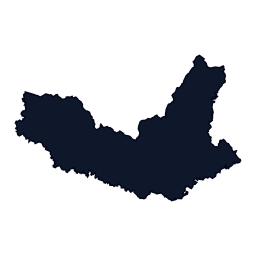 outline of Lavras do Sul, Rio Grande do Sul, Brazil
{"feature_id": "56859067B93221548223155", "entity_name": "Lavras do Sul", "entity_type": "district", "adm_level": 2, "iso_a3": "BRA", "parent_name": "Brazil", "parent_adm1": "Rio Grande do Sul", "projection": "equal_earth", "projection_center": [-54.153, -30.732], "detail": "fine", "context": "isolated", "style": "filled", "palette": "ink", "viewbox_px": 256, "rotation_deg": 0, "n_neighbors": 0, "source": "geoboundaries", "source_scale": "gbopen_adm2", "svg_char_len": 5850}
<svg xmlns="http://www.w3.org/2000/svg" viewBox="0 0 256 256"><path d="M225.3,167.2L225.8,168.5L226.7,168.6L227.6,167.9L228.6,168.5L229.3,167.0L231.5,165.8L232.6,164.7L233.2,163.7L232.9,162.7L233.3,162.1L234.4,163.6L235.0,163.6L235.7,161.9L237.1,163.0L239.2,162.4L239.9,161.9L240.6,160.4L240.1,159.4L238.9,158.9L237.1,157.0L236.3,155.4L235.3,154.5L235.3,153.3L236.3,150.9L233.0,151.8L231.9,149.7L231.6,147.6L230.3,146.8L228.4,143.7L227.0,143.4L225.9,142.5L224.6,140.4L223.3,139.5L222.1,140.8L220.8,140.2L220.2,140.5L219.7,141.3L219.8,142.6L218.6,144.1L218.5,146.7L217.7,147.2L216.6,146.7L214.4,146.9L213.5,145.3L210.8,143.4L210.5,142.0L210.9,140.4L210.5,138.2L211.1,137.4L208.8,135.7L208.5,133.9L207.8,133.8L207.3,133.1L207.5,132.1L208.4,131.5L208.1,130.2L211.0,127.2L210.8,126.2L209.0,123.6L209.4,121.6L210.4,122.0L212.3,120.3L211.8,119.0L212.4,118.6L212.5,115.9L211.5,115.2L211.5,114.1L212.5,114.7L213.1,112.1L212.3,112.0L212.7,110.7L211.7,106.6L212.3,105.3L212.0,104.2L212.6,102.7L214.4,102.3L214.5,101.4L212.1,101.0L211.3,100.0L212.0,99.0L211.4,98.3L213.5,97.4L213.3,99.2L215.5,98.7L215.5,97.6L216.6,97.4L217.3,96.5L215.7,96.2L216.7,95.0L214.8,92.6L217.1,92.8L217.6,92.0L217.4,90.6L218.5,89.9L219.8,87.3L220.7,86.9L222.1,85.1L221.8,84.3L225.1,82.0L225.2,80.8L224.6,80.3L224.7,77.6L225.3,76.1L224.8,73.9L224.1,73.5L223.7,72.2L222.9,72.1L223.2,71.0L224.3,69.5L223.5,67.5L223.7,66.6L223.2,66.0L219.6,67.7L215.3,67.1L210.7,68.1L208.1,67.5L206.5,65.4L206.5,64.3L206.1,63.3L204.6,61.6L203.5,60.9L203.2,60.1L204.1,58.9L199.4,55.4L196.6,56.9L194.5,60.8L193.3,61.7L194.4,63.8L194.5,66.5L194.1,67.2L192.6,68.0L190.0,71.6L189.8,72.8L188.1,73.8L186.2,75.8L183.7,81.1L183.3,83.3L181.9,84.0L181.7,85.0L179.3,88.2L177.8,87.6L177.2,87.8L176.6,88.7L176.0,90.9L174.5,93.4L173.7,93.5L172.1,95.3L173.9,99.1L173.3,101.7L172.5,101.8L170.4,103.8L168.7,104.2L168.2,104.8L166.3,109.3L165.6,113.7L165.5,116.8L163.4,116.8L162.0,117.6L161.0,118.8L158.0,116.8L156.8,115.2L154.8,116.2L153.6,117.4L152.2,117.8L150.9,119.1L148.0,118.6L146.3,119.9L144.3,120.5L142.2,120.5L141.1,121.1L140.2,121.9L138.7,126.2L138.4,129.2L139.9,132.4L139.8,134.0L138.8,136.6L137.3,137.8L136.1,139.7L135.8,141.0L134.0,139.7L132.6,139.5L130.3,136.8L129.0,136.1L123.7,135.0L123.8,134.2L123.3,133.4L119.8,131.1L119.1,131.9L116.5,133.1L114.6,131.9L113.9,132.0L113.3,131.4L112.8,129.6L110.1,127.7L108.2,127.6L107.4,126.6L103.5,127.7L100.9,124.3L100.4,125.6L100.5,126.9L99.8,127.9L97.5,129.5L95.6,129.4L94.3,127.7L94.1,125.4L94.8,124.3L94.1,123.3L93.4,119.8L92.5,119.7L91.8,118.2L92.1,117.2L90.3,115.1L89.5,112.3L87.3,111.1L86.1,111.2L82.9,108.2L82.2,105.9L82.4,104.4L81.0,101.9L78.7,100.4L76.2,97.4L75.2,97.2L73.8,98.1L72.6,97.7L72.1,96.4L70.1,97.3L68.1,96.9L66.2,97.2L66.1,98.4L65.2,98.9L61.9,99.4L60.3,97.7L58.2,96.5L57.3,94.6L55.8,94.9L54.4,96.1L52.6,96.6L51.7,95.2L50.6,94.8L48.9,95.2L48.4,94.7L45.9,94.0L40.9,96.9L40.0,97.0L37.3,95.5L35.8,95.5L35.0,94.9L25.3,92.0L25.2,93.8L24.5,93.9L23.7,94.7L24.2,98.7L22.5,98.7L23.3,101.4L24.3,100.7L24.8,102.3L25.4,101.9L25.8,103.0L24.7,104.8L25.3,104.7L25.4,106.9L26.3,107.6L25.8,108.3L25.4,110.7L22.8,111.1L21.5,112.7L21.2,114.1L21.9,114.5L22.1,115.9L23.9,116.3L24.7,117.1L24.5,118.2L23.8,119.0L22.9,119.0L23.0,120.2L21.9,121.1L20.3,121.0L19.8,120.2L17.0,121.8L16.3,121.3L15.4,123.0L16.0,123.3L17.1,126.8L16.8,127.7L16.1,127.8L15.8,128.6L17.3,129.4L17.8,130.3L17.4,131.1L16.5,131.4L17.7,132.5L17.5,133.3L17.8,134.6L18.6,135.4L19.3,135.8L23.3,133.6L23.9,134.6L23.9,135.6L25.4,136.6L26.2,139.0L28.7,138.0L29.1,139.1L29.0,141.8L30.5,140.3L34.5,141.8L35.2,143.5L39.4,141.6L40.0,142.3L41.3,142.4L42.1,143.1L43.6,146.5L44.4,147.0L46.2,146.8L45.6,149.3L50.5,151.5L50.4,153.8L51.9,156.4L50.8,157.8L51.8,158.5L52.5,157.9L53.4,158.1L53.4,160.4L54.5,160.6L54.6,163.3L55.0,164.2L53.2,165.5L53.4,166.8L55.3,167.6L56.5,166.5L59.6,165.6L60.2,165.9L60.9,167.6L62.2,169.5L63.6,169.9L65.8,169.7L66.3,172.0L67.4,172.3L68.3,170.9L69.6,170.5L69.7,168.9L72.8,168.4L74.1,166.8L73.7,168.4L74.1,169.0L74.9,169.2L74.5,170.7L75.2,171.3L75.7,170.9L76.5,171.2L76.4,172.9L77.3,173.1L78.4,172.0L79.1,171.9L80.2,173.2L81.2,172.4L81.8,173.3L83.4,171.5L83.4,173.1L86.3,173.9L86.0,175.5L86.9,175.7L87.6,176.9L88.6,175.0L87.4,173.5L88.7,172.4L89.1,170.3L90.3,169.9L90.4,170.9L91.6,172.5L91.0,174.7L91.5,175.1L92.4,174.1L93.1,174.5L95.1,172.7L95.7,174.3L95.1,177.7L95.6,178.1L96.8,177.0L97.8,176.8L98.4,177.4L98.4,179.2L103.3,180.9L104.2,182.7L105.5,183.1L106.0,182.3L107.1,181.9L107.7,183.4L109.1,182.3L109.7,182.7L109.9,185.2L113.3,185.3L114.0,186.3L116.0,185.2L116.7,185.9L117.6,185.9L117.8,184.6L118.5,184.0L121.1,185.7L121.4,187.8L123.6,187.7L124.9,188.2L125.3,190.6L126.3,191.0L127.6,189.4L128.4,189.2L130.8,192.1L132.8,190.7L134.0,190.6L134.2,192.4L137.2,195.2L138.0,196.6L138.9,196.8L139.7,198.1L140.6,198.4L141.7,198.1L144.0,198.7L145.8,197.7L145.9,196.7L147.8,194.7L149.6,194.1L150.9,190.9L151.8,190.6L151.9,191.9L155.8,193.1L156.4,193.8L160.8,193.0L161.9,193.4L164.6,196.1L164.9,196.8L165.6,196.2L169.4,199.4L170.2,199.1L171.6,200.6L175.1,199.7L174.4,198.9L174.9,198.3L176.3,199.1L177.4,198.4L181.6,198.6L182.0,197.6L183.5,195.8L187.3,194.1L187.6,193.3L187.7,192.1L186.6,191.6L185.6,193.7L185.1,194.1L183.3,193.9L183.0,193.0L183.9,191.5L185.0,191.0L185.2,190.0L184.8,189.0L185.4,187.2L187.0,186.6L187.6,185.8L188.2,186.0L189.2,187.4L191.4,188.5L192.9,186.4L192.8,185.4L193.3,184.4L195.0,184.3L196.8,182.4L195.8,182.1L195.0,181.1L194.0,181.4L193.3,180.7L193.9,179.5L196.4,178.4L196.9,179.8L197.6,180.2L198.2,179.1L198.3,178.0L199.1,177.7L199.7,179.3L201.0,179.5L201.7,178.7L202.9,179.9L204.1,178.3L205.9,177.2L207.8,178.0L208.8,176.8L209.5,176.5L212.5,178.3L215.5,176.2L215.9,174.4L215.3,173.1L217.1,173.0L218.8,171.7L219.8,172.5L220.4,170.0L221.3,169.0L225.3,167.2ZM225.3,167.2L225.3,166.0L226.0,165.4L226.1,166.6L225.3,167.2Z" fill="#0f172a" stroke="#020617" stroke-width="1.5"/></svg>